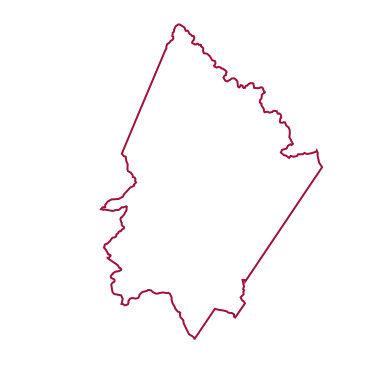 Idaho, Idaho, United States of America, rotated 304°
{"feature_id": "52423323B84985058746573", "entity_name": "Idaho", "entity_type": "district", "adm_level": 2, "iso_a3": "USA", "parent_name": "United States of America", "parent_adm1": "Idaho", "projection": "natural_earth1", "projection_center": [-115.719, 45.888], "detail": "fine", "context": "isolated", "style": "outline", "palette": "rose", "viewbox_px": 384, "rotation_deg": 304, "n_neighbors": 0, "source": "geoboundaries", "source_scale": "gbopen_adm2", "svg_char_len": 5903}
<svg xmlns="http://www.w3.org/2000/svg" viewBox="0 0 384 384"><g transform="rotate(304 192 192)"><path d="M285.3,286.0L287.4,281.0L292.8,275.4L294.6,274.5L296.1,272.3L295.0,272.5L291.0,269.4L287.8,266.1L287.3,263.4L285.1,262.6L282.6,258.8L280.8,259.0L278.1,256.7L277.1,253.6L274.5,253.4L274.8,249.3L273.9,247.9L274.4,243.6L277.3,243.1L280.9,246.1L284.0,245.7L286.6,246.9L286.6,248.3L288.4,248.7L291.8,242.1L295.7,240.1L298.3,238.0L299.6,235.8L299.7,233.2L300.1,232.3L301.8,230.2L301.1,228.9L300.1,228.5L299.1,226.8L299.1,226.0L299.4,225.7L302.1,224.2L302.7,224.0L303.5,224.4L305.1,223.1L305.9,221.7L305.9,220.3L305.0,219.7L305.0,218.9L306.4,217.1L305.7,215.4L304.7,214.1L303.2,213.8L301.0,211.7L300.9,209.8L298.7,207.5L299.9,205.8L301.0,205.1L302.6,201.2L304.2,200.2L303.9,199.4L304.2,198.3L305.5,197.3L306.9,197.0L308.0,197.3L308.9,197.1L310.2,196.4L311.8,195.5L313.7,196.0L315.1,196.8L315.5,196.6L315.8,195.0L317.7,192.7L317.8,191.8L317.0,190.1L316.0,189.8L315.0,188.7L313.1,185.4L313.1,185.1L313.4,184.9L313.9,184.3L314.7,183.8L315.1,183.2L315.9,182.7L316.2,181.9L316.0,181.2L315.4,180.6L315.1,179.7L313.1,178.5L311.1,178.3L310.4,177.4L309.3,177.2L308.6,177.6L308.0,177.7L307.1,176.6L307.4,175.5L308.5,174.4L307.8,172.6L306.3,172.9L305.0,172.5L305.1,171.2L306.2,170.2L309.1,167.7L309.7,166.0L309.9,163.5L308.3,161.4L306.4,160.9L303.3,159.3L302.9,157.4L304.4,154.1L306.7,153.9L307.9,154.8L309.5,153.8L310.7,153.7L311.3,153.0L311.6,149.1L310.9,147.2L311.3,146.6L310.6,143.9L308.9,142.9L308.6,140.4L309.2,139.6L310.5,139.9L311.7,139.5L312.4,139.1L313.2,138.1L313.4,137.6L312.6,135.2L312.7,134.5L314.6,131.0L315.0,127.7L314.9,126.9L313.7,124.1L315.2,122.2L317.4,121.0L317.7,120.2L317.8,118.0L318.9,117.4L318.7,116.4L317.8,115.4L318.2,114.1L317.8,113.3L316.6,112.9L316.0,111.9L315.6,109.0L315.9,108.5L317.6,108.1L318.6,108.5L321.1,107.7L322.2,106.1L321.4,104.8L321.9,103.2L321.6,101.9L322.4,100.1L323.2,99.0L323.3,98.2L322.1,96.7L324.2,93.7L324.1,89.4L323.9,87.9L323.2,86.9L320.2,85.8L316.5,86.4L315.5,87.1L314.7,87.4L313.3,87.0L310.2,88.5L310.3,89.5L309.0,90.6L307.3,90.8L305.3,89.8L303.3,89.8L300.5,88.7L298.1,89.5L296.6,90.5L295.5,90.6L295.1,90.5L225.3,104.2L184.5,112.4L183.6,115.4L184.2,117.2L180.7,120.5L179.1,123.1L174.5,125.9L173.5,127.3L173.8,130.3L172.9,133.2L171.3,134.6L171.9,136.3L171.1,138.0L169.3,138.6L168.7,140.3L165.7,139.7L164.9,140.5L161.2,138.3L151.7,136.9L149.6,137.4L145.1,135.0L140.9,129.5L136.9,127.5L132.8,127.2L131.0,128.5L129.2,126.4L126.9,126.2L127.3,127.3L127.7,128.5L128.7,129.4L129.0,130.5L129.3,131.1L129.9,132.0L130.5,133.6L131.2,135.1L131.5,136.1L132.8,137.8L133.8,138.3L135.0,139.5L135.8,140.9L137.1,141.7L138.3,141.9L140.1,142.3L140.7,143.6L141.7,144.2L142.7,145.0L143.4,145.5L143.3,146.2L142.9,146.3L142.3,146.7L141.6,147.1L140.9,147.5L139.9,147.9L139.0,148.1L138.3,148.0L137.6,148.0L137.2,148.1L136.5,148.3L135.7,148.3L134.4,148.2L133.0,148.0L132.0,147.9L131.4,147.5L130.4,147.5L129.9,147.8L129.2,148.0L128.7,148.6L128.4,149.1L127.7,149.8L127.4,150.5L127.2,151.0L126.8,151.3L126.2,151.5L125.8,151.8L125.3,152.4L125.0,153.3L125.1,154.0L124.9,155.2L124.5,155.7L124.2,155.8L123.6,155.9L122.5,155.2L121.9,155.0L121.2,154.8L120.5,155.1L119.9,154.9L119.4,154.6L119.1,154.0L118.4,153.7L117.7,153.5L117.1,153.7L116.4,153.8L115.3,153.2L114.6,153.0L113.7,153.6L112.7,154.0L112.2,153.8L111.5,153.5L111.1,153.2L110.6,152.7L110.2,152.2L109.8,151.8L109.4,151.6L108.8,151.6L108.1,151.5L107.4,151.4L106.9,151.5L106.5,151.5L105.8,151.5L105.2,151.6L104.7,151.3L104.2,151.1L103.7,151.1L103.2,151.0L102.5,150.8L102.0,150.6L101.3,150.3L100.9,150.0L100.4,149.5L100.0,149.3L99.6,149.2L99.0,149.2L98.7,149.5L98.2,149.8L97.8,150.0L97.5,150.0L97.1,149.9L96.7,150.1L96.6,150.4L96.5,150.8L96.4,151.4L96.2,151.9L96.1,152.5L95.9,153.1L95.5,153.5L95.5,154.1L95.3,154.4L95.1,154.8L94.7,155.3L94.4,155.8L94.3,156.3L93.9,156.7L93.6,157.1L93.8,157.5L93.8,158.1L93.6,158.2L93.7,158.4L93.9,158.6L94.1,159.1L94.1,159.6L93.9,160.0L93.5,160.2L92.9,160.1L92.4,160.0L91.9,159.9L91.5,159.9L90.9,159.7L90.6,159.4L90.3,159.2L90.2,158.9L89.9,159.2L89.9,159.7L89.9,162.9L89.9,165.6L89.9,167.3L89.9,168.7L89.9,169.9L89.7,170.4L89.7,170.7L89.8,171.2L89.8,171.5L89.7,171.7L89.5,172.0L89.4,172.5L89.0,172.9L88.8,173.3L88.6,173.7L88.5,174.2L88.7,174.8L88.8,175.4L88.6,176.1L88.2,176.6L87.7,176.7L87.3,176.8L86.8,176.5L86.5,176.1L86.0,175.9L85.4,175.6L85.0,175.2L84.6,174.7L84.3,174.3L83.7,173.8L83.2,173.3L82.9,172.9L82.2,172.7L81.6,172.4L80.8,172.1L80.1,171.9L79.6,172.0L79.4,172.2L79.0,172.0L78.7,171.7L77.6,171.7L76.4,171.9L75.6,173.0L75.8,174.7L76.1,176.0L75.8,176.9L75.3,177.3L74.6,177.7L73.9,177.7L73.1,177.1L71.6,176.8L70.8,176.8L70.3,176.7L69.9,177.0L64.7,181.9L63.9,184.5L66.7,191.1L64.6,194.4L59.8,196.2L60.3,197.1L60.5,197.8L60.6,198.4L60.4,198.9L60.4,199.3L60.5,199.5L61.1,200.4L63.1,201.6L63.5,201.7L64.0,201.5L64.5,201.3L65.1,201.0L65.6,200.5L66.0,200.3L68.3,200.2L68.7,200.3L69.0,200.4L70.1,201.0L71.3,203.0L72.0,204.7L73.6,206.3L74.2,206.6L75.7,206.6L76.4,206.4L76.8,206.1L77.2,205.9L80.1,206.4L81.4,206.8L83.0,208.3L85.0,210.0L85.6,210.2L86.1,210.3L86.3,210.5L87.3,212.4L87.5,212.8L87.2,215.4L87.4,217.9L87.5,218.6L88.3,220.0L88.7,220.5L90.0,221.5L91.9,223.5L92.6,224.3L93.2,225.7L93.7,226.8L94.5,228.3L95.0,228.6L95.2,228.9L95.2,230.7L93.2,234.1L92.3,234.6L91.0,235.6L88.7,238.4L87.4,241.3L86.5,242.8L86.0,243.3L85.5,244.8L84.9,247.3L85.3,248.4L85.3,249.8L84.6,250.0L84.3,250.1L83.0,251.2L82.5,251.7L81.7,252.5L81.3,254.6L80.7,256.6L78.4,258.6L77.6,260.0L74.7,265.0L72.5,269.0L72.4,270.0L72.6,272.2L72.6,273.5L72.6,274.3L72.4,275.2L72.2,275.4L71.7,276.0L71.0,276.3L108.0,276.3L109.3,280.2L111.2,284.0L112.5,287.7L112.2,289.4L114.0,292.9L114.1,295.3L112.1,296.6L112.1,298.0L129.3,298.2L130.3,295.9L130.2,294.2L131.8,291.2L136.1,292.0L138.0,290.3L139.7,290.2L140.0,288.7L142.8,287.9L147.4,283.0L148.6,285.1L147.5,286.2L252.3,286.0L285.3,286.0Z" fill="none" stroke="#9f1239" stroke-width="2"/></g></svg>